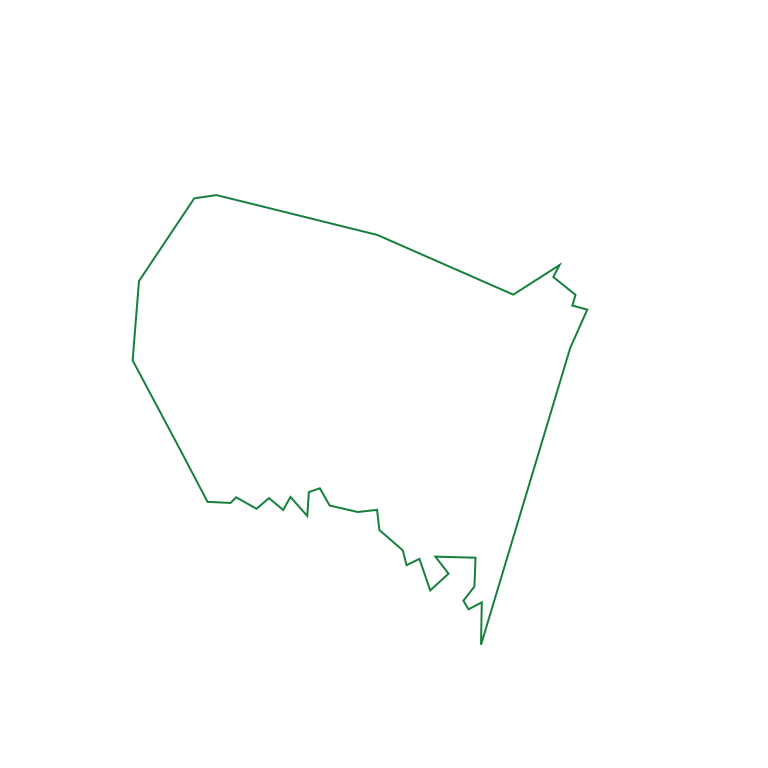 Caldwell, Kentucky, United States of America, rotated 141°
{"feature_id": "52423323B23836541816495", "entity_name": "Caldwell", "entity_type": "district", "adm_level": 2, "iso_a3": "USA", "parent_name": "United States of America", "parent_adm1": "Kentucky", "projection": "robinson", "projection_center": [-87.834, 37.165], "detail": "fine", "context": "isolated", "style": "outline", "palette": "green", "viewbox_px": 768, "rotation_deg": 141, "n_neighbors": 0, "source": "geoboundaries", "source_scale": "gbopen_adm2", "svg_char_len": 658}
<svg xmlns="http://www.w3.org/2000/svg" viewBox="0 0 768 768"><g transform="rotate(141 384 384)"><path d="M472.7,120.3L216.8,294.7L179.2,313.9L188.3,326.4L179.1,332.7L185.1,360.6L172.7,366.0L227.3,372.1L295.4,504.0L395.3,636.2L414.6,647.7L509.6,618.2L541.7,584.5L564.5,560.5L583.2,464.0L595.3,403.5L578.1,388.1L570.2,389.0L561.6,367.3L545.2,367.7L541.6,349.5L527.8,355.1L526.7,329.7L510.4,347.3L499.5,343.3L502.7,323.7L485.0,301.1L468.6,290.5L479.5,273.4L474.1,242.8L480.5,229.0L466.5,225.8L478.0,194.5L453.2,196.0L452.7,217.5L422.2,191.4L441.2,169.7L458.7,165.6L460.1,155.7L445.4,152.8L472.7,120.3Z" fill="none" stroke="#15803d" stroke-width="2"/></g></svg>